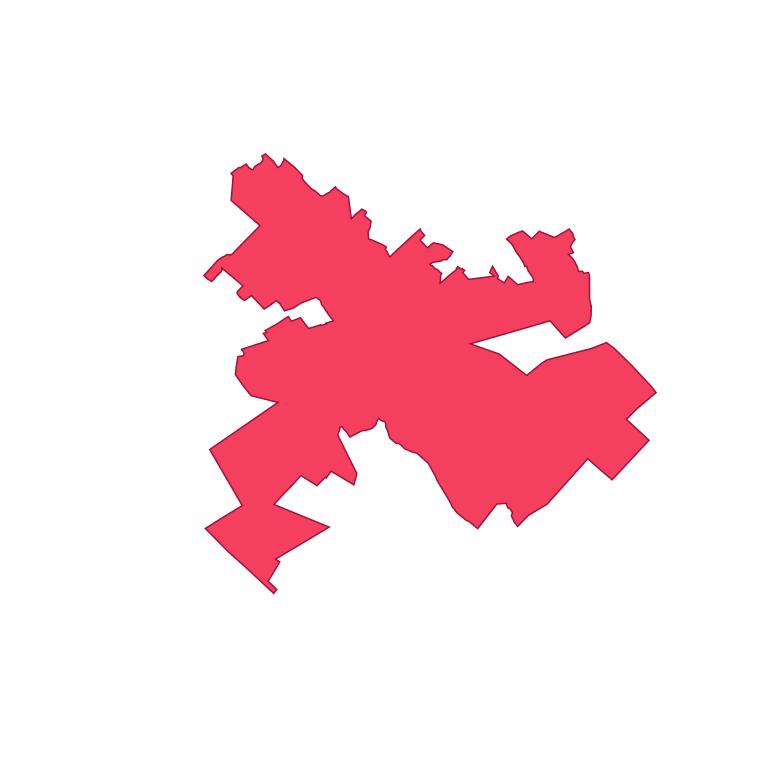 Ticul, Yucatán, Mexico (Equal Earth projection), rotated 306°
{"feature_id": "50627088B40370346944296", "entity_name": "Ticul", "entity_type": "district", "adm_level": 2, "iso_a3": "MEX", "parent_name": "Mexico", "parent_adm1": "Yucatán", "projection": "equal_earth", "projection_center": [-89.54, 20.365], "detail": "fine", "context": "isolated", "style": "filled", "palette": "rose", "viewbox_px": 768, "rotation_deg": 306, "n_neighbors": 0, "source": "geoboundaries", "source_scale": "gbopen_adm2", "svg_char_len": 5967}
<svg xmlns="http://www.w3.org/2000/svg" viewBox="0 0 768 768"><g transform="rotate(306 384 384)"><path d="M347.3,575.8L356.3,577.1L358.7,577.5L361.9,578.0L363.1,578.2L382.6,586.6L443.3,592.8L442.3,603.8L441.9,607.6L440.7,623.1L440.5,624.8L494.2,631.5L495.3,623.0L497.9,600.8L500.1,601.3L511.7,603.0L520.7,605.2L526.9,606.7L530.2,607.4L533.0,608.2L537.0,609.2L539.1,601.7L544.7,572.9L547.3,555.1L548.3,548.1L548.1,546.8L548.3,539.7L541.9,535.6L534.1,530.5L499.5,501.8L493.3,499.3L474.8,494.4L476.0,459.8L467.2,430.2L486.5,445.3L491.5,449.2L532.7,481.2L531.5,486.8L527.8,503.7L547.5,511.8L554.3,514.4L560.9,511.4L568.7,506.0L573.5,500.4L579.3,496.1L589.8,488.5L591.6,487.1L592.5,486.5L594.4,484.0L590.9,480.5L591.9,478.2L589.5,475.4L593.4,469.8L595.2,466.0L596.0,464.2L596.6,461.6L597.3,456.9L599.0,457.9L600.0,459.2L601.6,460.0L604.5,454.2L608.6,453.4L613.1,453.6L614.5,450.7L614.9,450.3L616.4,448.6L617.0,447.6L617.4,445.8L617.5,444.9L618.3,442.8L602.8,436.0L598.8,419.8L588.3,418.2L589.3,406.2L584.7,403.0L583.7,402.6L581.5,401.3L579.1,399.9L578.5,399.4L575.1,398.5L574.6,398.3L573.8,398.1L573.3,398.0L573.2,398.5L573.0,399.8L572.9,401.4L572.5,404.2L571.9,406.2L570.6,409.1L569.0,412.3L567.8,415.4L566.8,418.8L564.9,423.7L564.5,424.3L564.8,424.5L561.9,428.8L563.1,430.0L560.1,434.5L560.3,434.7L560.2,434.9L559.1,437.4L558.3,439.9L557.8,441.4L557.1,442.7L554.8,444.5L554.6,444.7L550.3,440.2L542.9,433.8L544.1,421.2L536.5,421.9L536.0,413.7L538.4,413.3L543.0,402.6L536.3,404.0L536.2,409.7L535.6,409.1L535.4,409.0L518.4,391.0L520.4,382.2L523.3,382.5L523.4,379.2L522.2,379.0L522.3,374.7L519.9,374.7L519.9,375.3L518.1,375.2L517.7,375.1L517.3,374.9L516.1,374.5L514.9,374.2L512.6,373.6L510.5,373.0L508.3,372.5L506.2,372.0L504.3,371.8L502.5,371.2L500.3,370.6L499.8,370.5L498.6,370.1L505.2,366.0L506.2,365.8L507.3,365.8L507.6,362.2L508.1,360.0L507.5,358.7L507.6,356.3L508.0,354.5L508.1,353.6L507.9,352.5L507.7,351.7L508.1,350.7L511.3,352.2L514.8,355.7L517.5,358.3L518.8,358.3L521.6,361.8L524.6,361.8L526.4,362.4L528.7,361.9L531.6,362.0L531.4,359.7L531.1,349.7L530.0,347.1L527.2,340.9L519.8,339.1L521.6,328.5L528.1,329.6L528.9,326.1L529.2,324.9L529.4,324.3L530.0,323.3L530.7,322.1L524.3,320.7L519.6,319.7L514.9,318.7L509.3,317.7L501.3,316.0L494.3,314.7L490.4,314.1L490.6,312.9L491.6,310.9L492.1,309.9L492.7,308.8L493.2,307.4L493.4,306.6L493.7,306.1L494.0,305.9L494.4,305.8L495.1,305.7L495.5,305.6L495.9,305.4L496.0,305.3L496.2,305.1L496.4,304.8L496.3,304.4L496.1,303.2L495.9,302.1L495.6,300.3L495.0,296.9L494.5,295.0L494.2,293.3L493.6,290.3L492.7,287.3L492.1,286.4L497.3,282.0L502.5,280.7L508.2,277.8L508.6,269.4L510.2,269.1L511.0,268.9L511.7,269.1L512.9,268.7L512.9,266.9L512.7,264.7L512.4,263.2L508.3,262.4L504.8,261.3L498.6,260.4L508.5,250.9L514.8,244.9L514.5,244.1L514.3,243.2L514.3,241.9L514.1,241.5L514.2,240.6L513.9,239.4L514.1,235.7L514.0,231.1L515.0,228.8L512.8,228.3L512.1,228.4L509.8,227.5L507.6,227.5L504.5,225.8L500.3,224.4L499.0,222.0L499.7,214.7L499.3,211.8L499.3,210.5L499.8,207.1L501.1,200.3L502.1,197.1L504.8,195.4L506.6,185.3L506.7,184.0L506.9,182.6L507.5,171.7L507.6,170.6L505.4,171.7L504.4,171.6L500.1,172.2L496.8,171.0L499.3,163.3L500.4,152.8L497.8,151.9L497.2,151.1L496.7,151.4L494.7,154.1L490.9,154.6L489.1,153.7L484.1,151.6L481.4,151.9L480.0,151.9L479.7,151.4L479.8,150.2L479.6,148.1L480.3,144.9L480.9,143.2L476.3,141.3L474.5,140.6L473.8,139.3L464.5,136.5L463.6,139.7L442.7,152.4L439.2,190.6L412.0,186.5L399.5,184.8L398.7,184.4L396.1,180.7L393.5,179.9L392.1,178.9L387.7,177.1L386.7,176.9L386.3,176.8L375.3,175.6L365.9,174.6L365.2,178.6L365.6,184.3L370.2,185.0L370.4,184.7L374.5,185.5L378.3,186.2L381.2,186.0L382.5,184.7L380.5,212.2L372.9,211.1L371.3,211.6L370.4,212.8L370.6,213.4L370.4,213.6L369.7,215.6L369.9,216.6L369.5,216.6L369.4,218.4L369.6,222.1L377.7,224.8L374.2,243.0L380.3,245.4L388.0,247.8L387.8,252.3L384.7,260.6L392.0,265.9L392.6,266.3L394.0,266.7L401.5,269.7L411.2,276.2L414.5,278.4L414.1,279.9L414.2,282.6L414.0,283.6L413.1,284.9L412.4,285.8L411.4,287.0L410.8,289.8L409.1,293.9L407.0,300.2L405.3,306.0L399.0,301.1L398.6,302.0L394.6,298.9L394.8,298.0L392.5,296.4L384.6,290.4L388.5,277.4L380.3,272.2L382.3,266.9L376.0,264.4L370.0,262.3L357.4,256.5L356.7,258.9L354.0,256.6L351.1,265.2L349.0,263.4L347.2,262.0L340.5,257.2L340.3,257.1L339.3,256.3L338.8,256.0L338.0,255.4L337.3,254.9L336.7,254.4L336.0,254.0L335.3,253.5L334.7,253.0L334.1,252.5L333.4,252.1L332.7,251.6L332.1,251.1L331.4,250.6L330.8,250.1L330.1,249.7L329.5,249.2L328.8,248.7L328.3,248.3L328.2,248.4L327.9,249.5L327.7,250.4L326.3,253.3L324.3,253.6L322.7,252.1L320.3,249.7L311.1,254.3L304.2,258.4L300.3,269.7L297.0,280.9L296.5,283.5L306.7,309.0L283.1,300.7L228.6,281.5L202.3,340.8L181.7,332.2L165.2,325.6L162.1,324.3L156.8,356.2L154.2,381.5L149.8,417.5L149.7,417.8L154.7,418.1L154.7,417.9L156.4,406.2L178.7,404.3L178.7,399.2L225.8,419.4L236.0,423.8L221.8,365.8L235.4,367.4L251.4,369.6L261.1,370.6L262.4,389.6L274.0,391.3L273.9,392.5L282.4,392.5L284.7,418.9L295.6,414.7L314.6,378.3L315.0,377.8L315.9,376.6L316.5,376.1L320.5,375.3L321.4,374.7L322.2,374.4L322.2,374.0L322.8,373.7L323.8,374.3L325.0,375.1L323.8,377.4L323.5,379.6L323.4,380.8L323.3,381.6L321.0,387.6L323.3,388.7L331.4,392.7L332.1,393.1L333.9,394.2L335.9,396.6L340.8,400.3L344.2,401.1L347.6,401.2L347.8,400.7L348.4,400.5L353.0,399.6L352.8,403.4L354.0,406.8L352.6,409.1L350.3,410.7L349.9,411.6L349.2,412.4L349.1,413.2L348.6,413.8L348.7,414.0L347.7,415.0L347.2,416.0L345.7,417.8L345.1,418.2L344.9,418.9L343.6,420.7L343.4,423.9L343.1,428.6L344.7,431.3L344.6,432.2L344.7,433.4L343.7,438.8L345.8,447.6L347.4,451.3L345.8,466.7L340.1,478.7L336.9,484.3L334.2,490.6L328.6,504.1L327.0,507.3L324.5,512.0L324.2,514.5L323.0,517.0L322.6,520.1L322.0,531.1L322.8,532.9L322.1,544.8L353.1,545.8L359.3,553.0L356.6,556.8L357.1,559.4L356.8,560.5L355.7,562.5L355.5,563.7L354.7,563.9L353.7,564.0L352.6,564.3L351.1,566.3L349.9,568.9L348.7,570.7L348.4,572.5L347.6,574.9L347.3,575.8Z" fill="#f43f5e" stroke="#9f1239" stroke-width="1.5"/></g></svg>